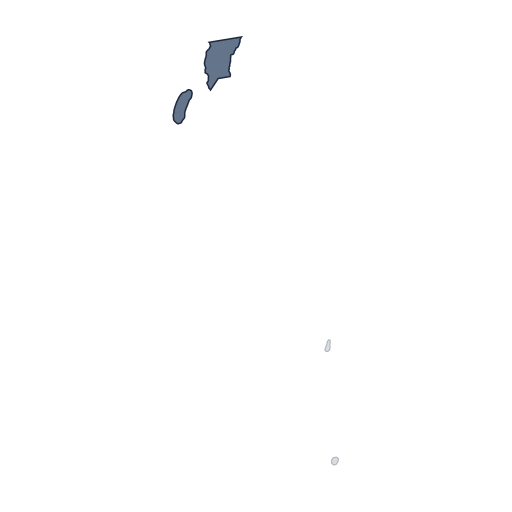 South Thiladhunmathe, Maldives shown in context, rotated 351°
{"feature_id": "70690204B40080676832228", "entity_name": "South Thiladhunmathe", "entity_type": "district", "adm_level": 2, "iso_a3": "MDV", "parent_name": "Maldives", "parent_adm1": "", "projection": "albers", "projection_center": [72.871, 6.495], "detail": "fine", "context": "in_parent", "style": "filled", "palette": "slate", "viewbox_px": 512, "rotation_deg": 351, "n_neighbors": 0, "source": "geoboundaries", "source_scale": "gbopen_adm2", "svg_char_len": 4532}
<svg xmlns="http://www.w3.org/2000/svg" viewBox="0 0 512 512"><g transform="rotate(351 256 256)"><path d="M314.1,360.3L312.0,361.5L310.0,361.0L309.3,359.6L310.3,357.4L311.9,354.7L313.1,351.7L314.7,350.1L316.0,350.7L315.9,352.3L315.3,354.6L314.9,357.6L314.1,360.3ZM302.5,474.4L299.9,474.6L298.3,472.5L298.7,469.5L300.7,467.3L303.9,467.2L305.7,469.1L304.8,472.0L302.5,474.4Z" fill="#d9dde1" stroke="#a8b0b8" stroke-width="1"/><path d="M258.5,74.7L258.6,74.2L258.8,73.7L259.0,73.4L259.0,73.0L259.1,72.5L259.0,71.6L258.8,71.0L258.6,70.4L258.4,69.8L258.2,69.2L258.2,68.7L258.2,68.2L258.4,67.9L258.6,67.7L258.8,67.3L258.8,67.0L258.8,66.6L258.8,66.3L258.9,65.8L258.9,65.5L259.0,65.2L259.3,64.9L259.6,64.6L259.8,64.3L259.9,63.8L260.0,63.2L260.0,62.6L260.1,62.3L260.3,61.9L260.7,61.3L260.8,60.9L261.0,60.5L261.2,60.2L261.2,59.9L261.3,59.6L261.4,59.2L261.4,58.7L261.5,58.3L261.5,57.8L261.8,57.1L261.8,56.8L261.8,56.5L261.9,56.1L262.0,55.9L262.1,55.7L262.3,55.3L262.3,54.9L262.3,54.6L262.2,54.4L262.3,54.2L262.5,53.7L262.9,53.5L263.3,53.3L263.6,53.2L263.8,53.3L264.0,53.3L264.6,53.3L265.0,53.1L265.3,53.0L265.6,52.6L265.8,52.4L265.9,52.1L266.0,51.8L266.2,51.5L266.3,51.3L266.4,51.0L266.6,50.7L266.7,50.4L266.8,50.2L267.1,49.9L267.4,49.7L267.7,49.4L267.9,49.2L268.2,48.7L268.4,48.2L268.5,47.8L268.8,47.4L269.3,47.4L269.6,47.3L270.0,47.2L270.4,47.1L270.7,46.8L271.0,46.5L271.3,46.1L271.5,45.8L271.8,45.5L271.9,45.2L272.2,44.7L272.4,44.2L272.6,43.8L272.8,43.4L273.0,43.1L273.3,42.7L273.4,42.3L273.6,41.8L273.7,41.6L273.8,41.3L273.8,41.0L273.9,40.7L273.9,40.4L273.9,40.2L274.0,39.9L274.2,39.4L274.3,39.3L274.5,39.0L274.6,38.9L274.9,38.6L275.0,38.4L275.2,38.1L275.6,37.6L275.8,37.4L243.1,37.6L243.4,38.0L243.6,38.4L243.7,39.1L243.7,39.8L243.8,40.2L243.9,40.6L243.9,41.1L243.9,41.5L243.9,41.8L243.5,42.0L243.3,42.2L243.1,42.6L242.8,43.0L242.5,43.5L242.4,43.8L241.9,44.2L241.6,44.4L241.2,44.7L240.9,44.9L240.5,45.1L240.2,45.4L239.9,45.7L239.5,46.0L239.1,46.4L238.9,46.7L238.8,47.1L238.6,47.5L238.6,48.0L238.5,48.4L238.4,48.7L238.4,49.0L238.3,49.6L238.3,49.9L238.2,50.2L238.1,50.4L237.9,50.9L237.8,51.4L237.6,51.8L237.4,52.3L237.0,52.8L236.7,53.3L236.5,54.0L236.2,54.8L235.9,55.6L235.6,56.2L235.4,57.0L235.2,57.7L235.2,58.6L235.2,59.2L235.4,60.3L235.5,60.7L235.6,61.3L235.7,61.8L235.8,62.3L235.8,62.5L235.5,62.9L235.4,63.1L235.1,63.5L234.9,63.9L234.8,64.3L234.8,64.6L234.9,65.1L234.9,65.4L234.7,65.7L234.5,66.2L234.4,66.6L234.4,66.9L234.8,67.3L235.3,67.8L235.8,68.2L236.2,68.5L236.5,68.6L236.7,68.9L236.8,69.4L236.9,70.0L237.0,70.5L237.2,70.9L237.3,71.3L237.2,71.7L237.0,72.1L236.8,72.4L236.7,72.8L236.7,73.3L236.6,73.9L236.5,74.5L236.4,74.9L236.4,75.2L236.3,75.5L236.1,75.9L235.6,76.3L235.2,76.8L234.9,76.9L234.7,77.1L234.6,77.6L234.7,78.1L234.9,78.7L235.0,79.2L235.3,79.9L235.5,80.5L235.6,80.9L235.7,81.2L235.7,81.7L235.6,82.2L235.7,82.7L235.8,82.9L236.1,83.2L236.3,83.5L236.5,83.8L236.7,84.2L236.8,84.5L236.9,84.8L237.0,85.0L246.4,74.8L258.5,74.7ZM218.3,85.2L218.3,84.5L218.3,84.1L218.2,83.7L218.2,83.2L218.1,82.9L218.0,82.7L217.8,82.5L217.6,82.3L217.4,82.1L217.1,82.0L216.7,81.7L216.3,81.5L215.9,81.3L215.7,81.2L215.3,81.2L214.8,81.3L214.4,81.5L213.9,81.6L213.6,81.8L213.3,82.1L213.0,82.3L212.6,82.6L212.3,82.8L211.9,82.9L211.3,82.9L210.6,83.1L209.9,83.1L209.3,83.2L208.7,83.5L208.2,83.8L207.2,84.6L206.9,84.9L206.5,85.2L206.3,85.6L206.0,85.8L205.8,86.1L204.6,87.3L204.3,87.7L204.0,88.3L203.4,89.1L202.9,89.9L202.3,90.7L201.6,91.7L201.3,92.4L200.8,93.1L200.4,94.1L199.9,94.8L199.6,95.4L199.3,96.1L198.9,96.9L198.5,97.7L198.2,98.4L198.0,98.9L197.7,99.6L197.6,100.2L197.5,100.7L197.4,101.3L196.9,102.5L196.6,103.0L196.4,103.5L196.2,104.3L196.1,105.1L196.2,106.1L196.0,107.4L196.0,108.2L196.1,108.8L196.3,109.2L196.5,109.8L196.9,110.3L197.3,110.9L197.6,111.3L197.8,111.5L198.1,111.9L198.6,112.5L199.0,112.9L199.4,113.1L199.8,113.2L200.4,113.2L200.9,113.1L201.4,113.0L201.9,113.0L202.2,112.8L202.5,112.8L202.9,112.7L203.2,112.5L203.4,112.3L203.6,111.9L204.0,111.3L204.4,110.7L205.5,109.8L206.0,109.3L206.5,108.8L206.9,108.4L207.2,107.8L207.4,107.2L207.5,106.8L207.6,106.3L207.7,105.7L207.8,105.2L207.8,104.7L207.9,104.2L208.0,103.6L208.3,102.5L209.0,101.2L209.4,100.5L209.7,99.9L210.1,99.0L210.5,98.4L210.9,97.9L211.3,97.2L211.6,96.6L212.0,96.0L212.4,95.3L212.6,94.7L213.0,94.2L213.4,93.6L213.8,92.9L214.0,92.4L214.3,92.0L214.6,91.5L215.1,91.1L215.5,90.8L215.9,90.5L216.3,90.1L216.7,89.7L216.9,89.2L217.3,88.4L217.6,87.8L217.7,87.2L218.0,86.5L218.1,86.2L218.2,85.8L218.3,85.5L218.3,85.2Z" fill="#64748b" stroke="#1e293b" stroke-width="1.5"/></g></svg>